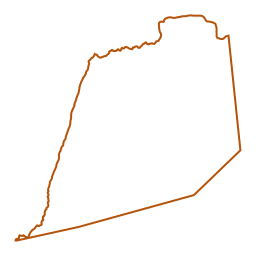 outline of Saravena, Arauca, Colombia
{"feature_id": "7082276B82092326116351", "entity_name": "Saravena", "entity_type": "district", "adm_level": 2, "iso_a3": "COL", "parent_name": "Colombia", "parent_adm1": "Arauca", "projection": "equal_earth", "projection_center": [-71.958, 6.906], "detail": "fine", "context": "isolated", "style": "outline", "palette": "amber", "viewbox_px": 256, "rotation_deg": 0, "n_neighbors": 0, "source": "geoboundaries", "source_scale": "gbopen_adm2", "svg_char_len": 5499}
<svg xmlns="http://www.w3.org/2000/svg" viewBox="0 0 256 256"><path d="M15.6,240.5L16.5,240.6L78.4,227.0L193.9,195.1L240.4,150.3L228.5,35.8L228.1,36.0L226.1,36.2L225.5,36.7L225.0,37.3L224.2,37.9L223.6,38.6L222.8,38.9L222.2,39.1L221.2,39.0L220.0,38.8L217.2,37.7L216.8,37.1L216.6,36.4L216.6,35.5L216.7,34.1L216.5,32.2L216.6,29.5L216.5,28.0L216.2,26.4L215.8,25.4L215.6,24.1L215.0,23.6L214.0,23.0L212.7,22.4L210.3,21.8L209.1,21.6L207.0,21.4L206.7,21.2L206.3,21.0L205.4,19.6L204.9,18.7L204.4,17.9L204.0,17.6L203.5,16.8L202.3,16.1L201.4,15.8L200.6,15.7L197.5,15.7L196.0,15.7L195.3,15.7L193.5,15.7L191.4,15.4L189.8,15.4L187.3,15.8L186.0,16.2L185.1,16.3L184.2,16.2L182.2,16.3L179.1,17.1L177.6,17.2L176.2,17.6L175.2,17.8L174.2,17.9L172.8,17.9L171.3,17.4L169.7,17.3L168.0,17.6L166.3,18.1L164.9,19.0L164.2,20.1L164.1,21.0L163.9,21.6L163.2,21.9L161.6,21.6L160.7,21.7L159.7,22.2L159.1,22.9L158.8,25.1L159.1,26.2L159.1,27.4L159.2,28.8L159.7,31.5L160.0,32.1L160.5,32.9L160.9,33.8L161.1,35.0L161.1,35.9L160.3,38.0L160.0,38.5L159.5,39.1L158.9,40.0L158.6,40.8L158.2,41.0L157.8,41.1L157.5,41.2L157.0,41.2L156.6,41.3L156.0,41.7L155.6,42.5L155.1,43.2L154.3,43.9L153.3,43.9L152.1,43.3L151.4,43.5L150.4,43.5L149.6,43.9L149.0,44.0L148.6,44.3L147.9,44.3L147.2,44.0L147.0,43.7L146.6,43.2L146.1,42.5L145.5,42.4L144.7,43.3L144.1,43.8L143.7,43.9L143.3,43.8L142.2,45.1L141.9,45.6L141.2,46.1L140.6,46.7L139.9,47.6L139.0,48.0L138.3,47.7L137.9,47.1L137.2,46.5L136.3,46.4L135.5,46.5L134.5,47.3L133.4,47.3L132.8,47.5L132.6,48.2L132.5,48.9L131.9,49.3L131.2,49.0L130.4,48.8L129.9,48.8L129.3,48.6L129.0,48.4L128.1,47.8L127.7,47.6L127.2,47.4L126.0,46.9L125.5,47.0L124.7,47.3L124.1,48.4L123.2,48.5L122.8,48.5L122.3,48.3L122.1,47.9L121.7,48.1L121.2,49.0L121.0,49.6L120.8,50.2L120.4,50.7L120.2,50.7L119.8,50.6L119.4,50.4L119.0,50.1L118.6,49.9L118.4,49.4L118.0,49.3L117.5,49.5L117.1,49.9L116.7,50.4L116.2,50.8L115.5,51.0L115.0,51.1L114.5,51.1L113.3,51.0L112.8,50.5L112.3,50.0L111.6,50.0L111.1,50.7L110.4,51.0L109.5,51.3L109.1,51.7L109.2,52.5L109.0,53.3L108.7,53.7L107.9,54.2L107.0,55.0L106.4,55.6L105.8,56.1L104.5,56.1L104.1,56.2L103.5,56.6L102.5,56.9L102.0,57.0L101.6,57.3L100.5,57.7L100.0,57.7L98.8,56.9L98.5,56.7L97.9,56.3L97.2,55.4L97.0,54.8L96.0,54.5L95.4,54.4L94.7,54.0L94.4,54.7L94.3,55.3L94.2,55.7L93.9,56.0L93.7,56.2L93.5,56.5L93.3,57.0L93.0,57.3L92.6,57.6L91.8,57.9L91.3,58.2L90.9,58.7L90.3,59.7L90.0,60.0L89.2,60.5L88.8,60.9L88.6,61.6L88.6,61.9L88.7,62.4L89.0,62.8L89.2,63.3L89.1,64.0L88.9,64.6L88.5,65.3L88.5,65.6L88.5,66.3L88.3,66.8L88.1,68.2L87.9,69.3L87.5,70.2L87.0,70.6L86.6,71.1L86.2,71.6L86.0,72.1L86.0,72.8L85.9,73.5L85.5,74.4L84.8,75.4L84.2,76.5L83.1,77.8L82.6,79.2L81.2,82.0L80.8,83.3L80.2,84.5L79.9,86.0L79.6,86.5L79.3,89.3L78.9,91.1L78.6,92.6L78.2,93.8L76.9,96.9L76.7,97.7L76.4,98.1L76.3,98.5L76.2,99.5L76.1,99.8L76.0,100.1L75.5,101.0L75.5,101.3L75.4,101.8L75.1,102.1L75.0,102.4L74.8,102.9L74.7,103.6L74.6,103.9L74.5,104.1L74.3,104.3L74.3,104.7L74.5,105.1L74.5,105.4L74.4,105.8L73.9,106.8L73.6,107.5L73.3,108.1L73.1,108.5L72.9,109.3L72.8,109.6L72.3,110.1L72.1,110.4L72.0,111.2L71.7,111.7L71.6,112.2L71.4,112.7L71.3,113.4L71.1,115.7L71.1,117.6L70.9,119.0L70.8,119.6L70.6,120.1L70.4,121.4L70.3,123.9L70.0,124.7L69.8,126.1L69.5,126.7L69.2,127.4L68.3,129.3L68.0,130.5L67.4,132.2L67.1,133.3L66.4,134.8L65.9,136.6L65.6,138.6L65.4,138.9L64.9,139.6L64.7,140.0L64.0,140.9L63.8,141.5L63.5,142.6L63.4,143.1L63.2,144.8L63.1,145.5L62.0,146.5L61.5,147.4L61.4,147.9L60.9,149.0L60.8,149.6L60.8,150.0L60.5,150.8L60.4,151.1L60.0,151.5L59.7,152.1L59.2,153.7L59.0,154.2L58.9,154.7L58.8,155.2L59.0,156.4L59.1,157.5L59.0,158.3L58.6,160.0L57.9,161.4L57.3,162.6L57.0,163.3L56.7,163.9L56.4,164.7L56.2,166.4L55.9,167.5L54.8,169.9L53.7,172.2L53.1,174.0L52.7,174.9L52.3,176.0L52.1,176.7L52.0,177.7L51.7,178.6L51.5,179.2L50.9,180.3L49.9,181.9L49.8,183.6L49.4,184.7L49.4,185.5L49.3,186.0L49.2,186.4L48.5,188.0L48.3,188.5L48.1,189.5L48.1,189.8L48.1,190.2L48.5,191.0L48.5,191.3L48.3,191.7L47.9,192.1L47.8,192.3L47.7,192.5L47.8,192.9L47.9,193.3L48.0,193.8L48.5,194.7L48.5,194.9L48.5,195.2L48.3,195.7L47.9,196.2L47.8,196.4L47.7,196.8L47.7,197.1L48.4,198.1L48.4,198.7L48.3,199.2L48.3,199.6L48.5,200.3L48.6,201.0L48.6,201.4L48.1,201.9L47.9,202.3L47.8,202.8L47.9,203.4L48.1,204.0L48.3,204.9L48.3,205.2L48.3,205.7L48.2,206.0L48.1,206.4L47.9,206.8L47.6,207.1L47.4,207.3L46.8,207.6L46.5,207.9L46.4,208.2L46.4,208.4L46.4,209.1L46.4,209.3L46.1,209.5L45.7,209.7L45.6,209.8L45.3,210.3L45.1,210.9L44.8,211.8L44.7,212.4L44.7,213.2L44.8,213.8L44.8,214.0L44.8,214.3L44.6,215.0L44.4,215.5L44.2,215.9L44.0,216.0L43.4,216.2L43.1,216.4L43.1,216.8L43.0,217.7L42.9,218.6L43.0,218.9L43.2,219.2L43.3,219.4L43.2,220.1L43.0,220.3L42.5,220.3L42.1,220.5L42.0,220.8L41.9,221.3L41.4,222.5L41.4,222.8L41.5,223.3L41.6,223.5L41.7,224.0L41.6,224.5L41.4,224.9L41.3,225.0L41.1,225.1L39.9,225.4L39.3,225.8L39.1,226.0L38.4,226.0L37.8,225.6L37.6,225.5L37.2,225.4L36.9,225.5L36.7,225.7L35.6,227.0L35.2,227.6L34.9,228.1L34.5,228.6L33.8,229.2L33.5,229.4L33.1,229.5L32.4,229.9L32.0,230.5L31.8,230.8L30.6,232.1L30.2,232.7L29.7,234.0L29.3,234.5L28.9,235.9L28.3,236.8L28.0,237.2L27.8,237.4L26.9,237.4L26.5,237.2L25.8,236.9L25.5,236.6L24.6,236.3L24.4,236.1L24.0,235.7L23.8,235.5L23.5,235.3L23.3,235.3L23.1,235.4L22.9,235.8L22.7,235.9L21.8,235.8L20.6,235.8L20.2,235.6L20.0,235.4L19.7,235.3L19.3,235.7L19.2,236.1L19.1,236.8L19.0,237.9L18.9,238.2L18.8,238.5L18.2,238.7L17.9,238.7L17.2,238.8L16.5,239.0L16.2,239.2L15.7,239.7L15.7,240.0L15.6,240.5Z" fill="none" stroke="#b45309" stroke-width="2"/></svg>